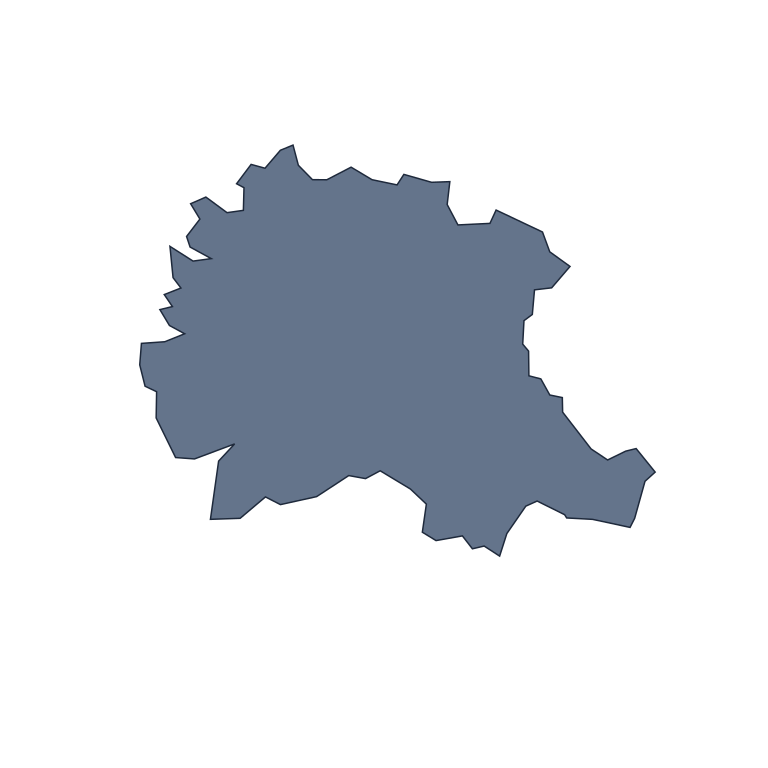 Boone, West Virginia, United States of America, rotated 325°
{"feature_id": "52423323B6396533628849", "entity_name": "Boone", "entity_type": "district", "adm_level": 2, "iso_a3": "USA", "parent_name": "United States of America", "parent_adm1": "West Virginia", "projection": "equal_earth", "projection_center": [-81.709, 37.997], "detail": "fine", "context": "isolated", "style": "filled", "palette": "slate", "viewbox_px": 768, "rotation_deg": 325, "n_neighbors": 0, "source": "geoboundaries", "source_scale": "gbopen_adm2", "svg_char_len": 1263}
<svg xmlns="http://www.w3.org/2000/svg" viewBox="0 0 768 768"><g transform="rotate(325 384 384)"><path d="M204.3,352.3L164.2,395.3L189.1,411.5L222.1,408.5L230.0,423.4L264.2,437.6L302.6,438.8L314.6,450.9L331.1,452.9L345.4,485.2L349.8,506.7L330.4,527.4L336.8,542.1L361.1,553.4L361.9,569.7L373.1,574.2L380.0,591.3L398.8,577.0L430.1,565.4L442.3,567.7L457.0,594.7L456.8,598.5L477.2,614.5L503.3,642.6L512.3,637.8L542.0,613.4L555.6,611.7L553.5,581.5L543.4,577.6L523.6,574.5L516.4,556.0L514.2,509.5L522.3,497.4L513.5,488.1L515.4,469.8L507.4,460.4L521.3,440.0L520.5,430.9L535.0,412.4L545.4,412.1L561.3,393.2L576.5,401.4L603.8,394.4L595.6,370.8L601.0,350.4L575.6,305.8L562.9,313.2L535.8,296.1L538.7,273.2L554.0,256.0L538.7,246.1L520.5,223.7L508.9,228.4L491.4,209.8L481.4,187.5L454.3,183.9L442.6,175.6L439.3,155.7L446.5,136.1L433.2,133.1L410.3,139.0L401.1,127.9L378.1,135.4L381.9,142.9L368.4,161.1L353.7,153.6L345.3,128.7L329.0,125.4L327.8,143.3L306.9,149.9L303.7,160.6L314.4,182.2L298.1,173.8L287.6,148.5L272.2,175.9L272.7,188.9L255.3,184.7L255.1,199.2L243.1,194.5L241.8,213.0L249.5,228.5L228.6,223.6L208.6,211.6L194.9,228.2L187.0,248.8L193.3,259.9L177.9,281.1L171.1,324.7L185.8,336.7L227.3,347.4L204.3,352.3Z" fill="#64748b" stroke="#1e293b" stroke-width="1.5"/></g></svg>